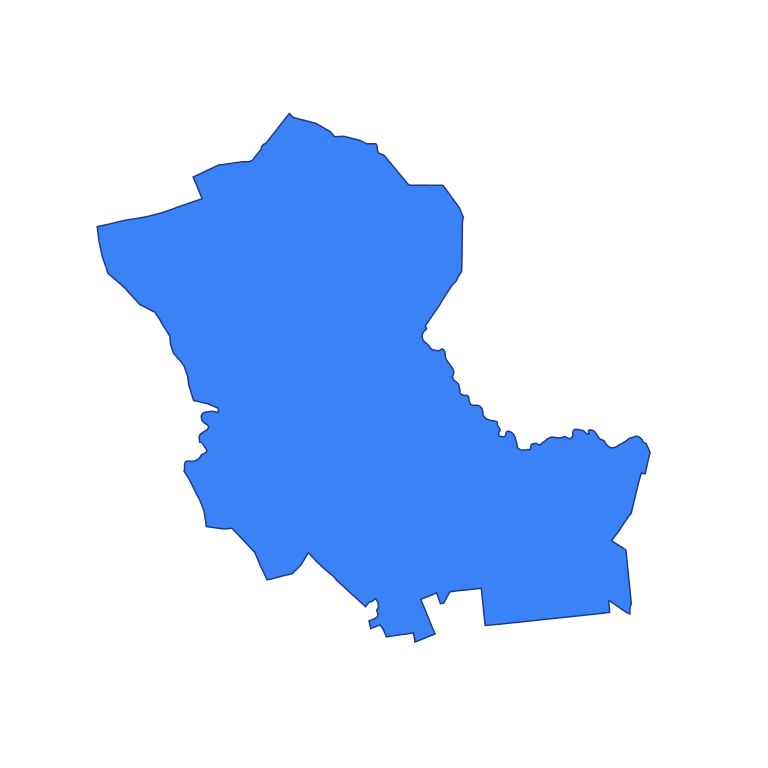 outline of Neretas pag., Neretas, Latvia, rotated 165°
{"feature_id": "27541924B20446545182610", "entity_name": "Neretas pag.", "entity_type": "district", "adm_level": 2, "iso_a3": "LVA", "parent_name": "Latvia", "parent_adm1": "Neretas", "projection": "albers", "projection_center": [25.295, 56.219], "detail": "fine", "context": "isolated", "style": "filled", "palette": "blue", "viewbox_px": 768, "rotation_deg": 165, "n_neighbors": 0, "source": "geoboundaries", "source_scale": "gbopen_adm2", "svg_char_len": 6169}
<svg xmlns="http://www.w3.org/2000/svg" viewBox="0 0 768 768"><g transform="rotate(165 384 384)"><path d="M599.7,351.5L596.8,342.1L595.0,333.8L593.4,325.1L592.2,320.9L590.7,308.6L591.8,297.3L592.6,292.3L577.0,285.7L571.5,284.4L568.2,284.1L552.4,254.8L551.4,247.8L550.4,240.0L548.7,231.4L547.6,225.2L543.4,224.8L533.5,224.9L521.9,224.5L512.4,229.9L510.2,231.5L500.7,240.6L497.8,235.2L497.1,234.3L495.4,230.5L492.1,225.3L491.7,224.5L490.7,223.3L490.5,222.5L486.3,216.4L482.5,211.1L481.3,208.7L480.6,206.4L478.9,204.4L478.6,203.7L470.1,190.2L466.8,185.2L459.4,173.6L455.1,177.0L454.3,177.1L452.9,177.0L450.5,177.5L449.7,178.1L447.7,178.7L446.4,174.8L446.4,174.0L447.1,170.2L447.4,169.8L449.4,167.6L449.5,163.3L450.2,161.2L450.5,160.9L454.6,159.6L459.8,159.1L460.1,151.1L450.8,152.4L450.4,152.3L450.1,152.1L448.7,148.9L448.2,147.1L447.1,139.1L429.8,137.2L429.6,137.0L419.9,135.9L420.8,126.7L399.3,129.4L400.4,136.4L402.1,150.3L404.2,166.4L392.2,167.9L387.2,168.7L386.7,162.1L386.4,157.2L383.0,156.9L374.2,166.2L367.5,165.4L342.9,161.4L348.8,124.6L334.0,122.0L231.3,105.8L231.4,106.1L225.2,104.9L223.9,111.5L223.2,116.1L222.2,116.1L209.9,101.7L207.6,99.4L206.0,98.2L204.8,102.4L204.0,105.0L202.0,107.5L193.3,160.9L195.5,163.7L203.5,172.2L204.6,173.8L193.6,182.4L193.6,182.7L191.1,185.0L182.4,192.4L178.7,195.2L162.7,224.5L158.5,231.3L155.0,229.6L148.0,243.0L144.9,248.6L144.9,250.5L145.5,254.4L146.0,257.1L146.1,258.2L146.4,258.8L147.3,259.5L148.6,260.6L148.7,261.3L149.0,263.2L150.3,265.5L151.6,267.1L152.9,268.0L153.8,268.3L155.0,268.4L157.8,267.9L159.5,268.1L160.8,268.1L166.3,265.9L170.0,264.9L173.3,264.2L174.2,263.7L176.1,263.1L178.3,263.0L179.6,263.2L181.6,263.9L182.8,265.0L183.5,265.8L185.0,268.4L185.3,269.3L185.7,271.1L185.9,271.8L186.3,272.4L188.0,273.7L188.8,274.3L189.3,274.7L189.8,275.4L190.4,276.6L191.0,278.6L192.7,283.2L193.0,283.8L195.2,285.7L196.6,286.3L198.0,286.5L198.5,286.3L198.8,285.7L198.8,284.6L198.7,283.3L199.0,282.7L199.5,282.6L200.3,283.0L200.8,283.4L202.5,285.7L203.3,287.1L203.7,287.5L207.7,289.5L210.4,290.7L211.1,290.7L212.5,290.4L213.4,289.6L213.9,288.9L214.2,288.3L215.0,285.2L215.2,284.8L215.7,284.3L216.4,283.9L218.1,283.1L218.7,283.1L219.4,283.3L221.9,285.7L223.0,286.4L223.7,286.6L224.2,286.5L225.0,286.0L225.7,286.1L225.9,286.3L229.1,286.7L230.8,287.3L231.4,287.4L232.3,288.1L233.9,288.7L235.6,289.2L237.2,289.4L241.1,288.5L242.2,287.6L246.1,286.3L247.7,285.3L249.2,285.0L249.7,285.1L250.7,285.5L251.1,285.8L252.1,287.1L252.9,287.4L253.8,287.6L256.9,287.6L257.6,287.3L257.9,286.7L259.1,283.9L259.6,283.2L260.4,283.0L262.3,283.5L263.8,283.5L268.5,284.6L270.6,286.5L270.9,286.9L271.4,288.1L271.4,288.9L271.1,292.5L271.2,295.7L271.1,297.8L271.6,300.4L271.7,301.4L272.0,302.2L272.6,303.2L274.4,305.3L275.8,306.1L276.4,306.3L277.6,306.3L278.0,306.0L279.1,304.6L279.9,302.8L280.5,302.3L281.3,302.0L281.7,302.0L285.0,303.1L285.6,303.5L286.1,304.1L286.3,304.4L286.3,305.0L286.1,306.0L285.8,307.3L284.9,308.0L283.9,309.1L283.7,310.1L283.7,310.5L284.9,314.6L285.0,315.2L284.9,315.7L284.6,317.3L284.7,318.2L285.3,318.8L286.5,319.5L290.3,321.2L291.5,321.9L294.0,323.7L294.5,324.1L296.2,327.6L296.4,328.2L296.2,329.1L295.9,330.1L295.7,331.5L295.8,332.8L295.6,334.7L296.5,336.7L297.4,338.0L298.3,338.6L300.2,339.6L303.7,340.4L305.4,341.7L305.6,342.1L306.0,344.8L306.0,346.6L305.7,349.0L305.7,349.7L306.1,350.9L307.0,351.6L309.0,352.0L310.1,352.6L312.1,354.2L313.0,355.7L313.1,356.2L312.2,358.1L312.1,359.4L312.2,360.4L312.0,364.2L312.3,365.1L313.4,366.9L315.5,369.7L315.9,370.9L316.0,371.4L316.0,372.5L315.8,373.6L314.3,375.8L313.6,377.2L313.4,378.3L313.4,379.9L314.0,382.2L316.2,387.8L317.4,391.4L317.6,392.3L317.6,393.6L317.5,395.6L317.0,397.6L316.9,398.8L317.0,399.8L317.6,401.7L318.2,402.5L318.7,402.8L319.2,402.8L320.7,402.3L321.5,402.1L322.5,402.1L323.6,402.2L327.2,404.0L328.3,404.7L329.3,405.8L329.7,406.4L330.8,409.4L332.1,411.7L333.1,413.0L334.2,414.9L334.7,415.3L335.0,417.2L335.0,417.9L335.2,419.1L334.9,419.6L334.7,420.8L334.1,422.2L331.5,424.8L329.8,425.6L329.4,426.0L329.2,425.8L328.7,426.3L328.6,427.3L328.7,428.4L329.3,429.3L310.0,445.8L306.4,449.4L301.3,454.1L292.4,462.0L287.7,464.6L284.6,468.4L279.9,472.6L275.2,488.5L267.6,515.6L267.5,516.3L266.3,520.2L264.5,524.1L264.2,524.2L265.6,534.8L275.3,559.8L275.7,560.6L276.7,561.0L307.2,569.2L308.1,569.6L309.0,570.6L324.5,604.4L325.2,605.3L329.0,608.1L329.4,608.7L329.8,610.5L329.8,611.0L329.2,616.3L329.2,616.9L329.4,617.5L329.8,618.0L330.4,618.4L338.3,620.4L343.8,625.2L344.8,625.9L358.8,633.7L367.0,635.5L368.0,636.1L368.5,637.1L370.1,640.7L370.6,641.7L382.4,653.4L402.5,664.8L402.7,665.0L405.5,669.8L435.4,647.3L437.4,646.8L438.1,646.7L438.9,646.1L440.8,645.1L441.1,644.6L441.6,642.9L442.0,642.5L453.2,634.2L453.6,634.0L457.3,633.7L463.2,635.3L483.9,637.8L486.8,638.4L514.8,633.3L513.1,621.3L513.0,619.8L511.7,610.1L537.3,608.3L543.7,607.6L556.8,606.8L560.4,607.0L567.1,606.9L581.5,608.0L585.9,608.6L593.3,609.3L608.5,609.6L620.3,610.3L621.8,599.4L621.9,598.0L622.2,596.7L623.0,583.3L623.1,579.6L622.2,568.0L622.1,562.6L621.0,560.9L615.5,552.9L609.0,543.0L607.1,538.7L605.8,536.5L601.5,528.4L599.2,523.7L595.3,520.4L589.1,514.6L586.7,512.7L585.7,509.3L583.8,504.1L583.1,500.6L578.4,485.4L579.9,478.2L579.4,468.6L577.1,463.5L575.0,459.4L573.5,456.1L572.5,453.0L572.3,451.3L571.7,442.0L572.8,434.1L572.2,417.4L559.4,410.5L550.7,403.8L550.5,402.9L551.2,400.4L551.3,399.7L552.7,399.8L553.7,400.6L554.5,400.8L555.4,401.4L556.5,402.0L558.3,402.4L562.9,402.9L565.3,402.9L566.3,402.7L567.5,401.9L568.6,400.7L568.9,400.0L569.3,397.6L569.0,395.4L568.6,394.5L567.9,393.0L565.8,391.0L564.8,389.4L564.6,388.4L564.7,387.9L565.0,387.2L565.8,386.2L566.4,385.7L572.4,383.9L574.0,383.2L575.1,382.4L575.7,381.6L576.4,380.4L576.7,378.6L576.6,377.6L577.0,376.9L577.1,376.3L577.2,375.7L576.9,375.3L575.9,374.9L575.1,374.3L573.9,371.0L573.6,369.6L572.4,366.8L572.4,366.1L572.6,365.1L573.0,364.5L573.6,364.1L575.2,363.5L576.1,363.3L577.4,363.2L578.4,362.9L579.3,362.3L581.1,360.5L581.7,360.1L585.3,359.0L587.3,358.6L588.6,358.8L591.0,359.5L592.3,360.1L594.9,360.5L595.6,360.3L596.4,359.8L597.5,357.8L598.8,353.1L599.2,352.2L599.7,351.5Z" fill="#3b82f6" stroke="#1e3a8a" stroke-width="1.5"/></g></svg>